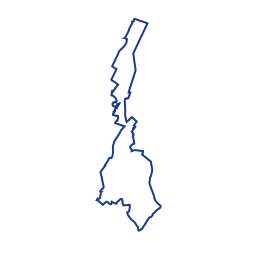 Copalau, Botosani, Romania (Equal Earth projection), rotated 250°
{"feature_id": "2599482B3629245685711", "entity_name": "Copalau", "entity_type": "district", "adm_level": 2, "iso_a3": "ROU", "parent_name": "Romania", "parent_adm1": "Botosani", "projection": "equal_earth", "projection_center": [26.934, 47.592], "detail": "fine", "context": "isolated", "style": "outline", "palette": "blue", "viewbox_px": 256, "rotation_deg": 250, "n_neighbors": 0, "source": "geoboundaries", "source_scale": "gbopen_adm2", "svg_char_len": 5711}
<svg xmlns="http://www.w3.org/2000/svg" viewBox="0 0 256 256"><g transform="rotate(250 128 128)"><path d="M213.6,155.6L213.2,156.2L212.7,156.7L212.1,157.3L211.6,157.4L210.9,156.8L210.4,156.6L209.8,156.2L209.5,156.2L209.2,156.1L208.1,155.1L206.7,153.2L206.0,152.0L205.4,151.1L205.4,150.9L204.9,149.8L204.3,148.5L204.0,147.8L203.1,145.8L202.7,145.4L201.4,144.4L200.7,143.8L196.1,139.0L195.1,138.2L194.1,136.9L191.4,134.2L189.1,135.8L187.3,137.3L181.9,131.8L179.4,129.1L179.1,128.9L178.7,128.9L178.3,129.1L175.5,131.4L174.2,132.1L172.5,133.4L172.1,133.6L171.7,133.0L171.6,132.4L171.4,132.1L170.3,130.8L170.1,130.3L170.1,129.9L169.9,129.8L169.8,129.6L169.6,129.6L169.5,129.3L169.0,128.8L168.9,128.5L168.6,128.1L168.5,127.9L168.2,127.3L167.9,127.1L168.0,126.9L167.7,126.8L167.6,126.3L167.9,126.1L167.5,126.0L167.5,125.8L167.3,125.8L167.3,125.5L167.1,125.6L167.0,125.3L166.8,125.3L166.6,125.0L166.4,124.9L166.2,124.6L165.5,124.1L165.0,124.1L164.5,123.7L164.2,123.9L164.3,124.3L162.2,125.7L161.6,125.7L161.4,126.0L159.9,126.7L159.0,126.8L158.1,126.7L157.3,126.5L156.6,126.1L156.3,125.5L156.5,125.3L156.5,125.1L156.9,124.9L157.0,124.7L156.7,123.9L156.7,123.5L157.0,123.0L156.5,122.8L156.2,122.1L156.1,121.8L155.8,121.6L155.2,121.5L154.1,121.4L152.8,122.5L152.5,122.9L152.7,124.0L152.8,124.7L153.4,125.8L153.6,126.0L154.0,126.2L153.9,126.4L154.1,127.1L154.2,127.5L154.3,128.0L154.2,128.5L153.5,127.9L153.3,127.4L152.9,127.0L152.7,126.5L152.2,126.0L152.1,125.8L151.8,125.6L150.5,124.3L150.9,124.1L151.1,123.9L150.7,123.0L150.2,122.2L149.4,121.8L148.4,121.8L148.1,121.4L148.3,121.4L148.0,120.7L148.5,120.3L148.3,120.0L148.0,119.8L147.4,119.8L147.0,119.8L146.9,119.6L146.4,118.8L145.3,118.5L145.2,118.9L144.9,119.1L144.0,120.2L143.8,120.7L143.6,120.8L142.9,121.8L143.0,122.1L143.2,122.3L143.2,122.5L142.8,122.7L142.4,122.6L142.0,122.5L141.7,122.5L140.7,122.1L139.4,121.2L139.1,120.8L138.8,120.8L138.7,120.8L138.6,120.7L138.8,120.3L138.7,120.0L138.5,119.3L138.3,118.9L137.8,118.1L137.4,117.8L137.0,117.6L130.7,125.3L129.3,122.6L128.1,120.6L127.5,119.9L125.9,118.2L124.9,117.0L124.2,116.0L122.6,114.0L122.0,112.8L121.8,112.6L120.7,111.3L119.3,110.0L118.3,109.3L116.4,107.8L114.9,107.1L114.0,106.9L112.3,106.4L110.3,105.6L108.3,104.5L107.8,104.3L107.2,104.0L105.7,102.5L105.4,102.1L106.0,100.9L106.2,100.7L106.2,100.4L105.9,100.0L105.8,99.5L105.8,99.3L104.7,98.8L100.9,93.5L100.4,93.8L96.7,88.0L96.3,87.3L95.7,87.0L95.3,86.9L93.7,86.7L93.1,86.7L92.1,86.6L91.4,86.6L91.2,86.5L90.8,86.6L90.5,86.6L89.7,86.2L89.4,86.2L89.0,86.2L88.8,86.2L88.0,86.0L80.6,84.9L79.4,83.0L79.5,82.7L78.4,80.7L77.9,80.3L77.4,80.7L77.3,81.1L77.1,81.3L77.0,80.7L76.7,80.4L73.9,78.9L72.7,78.4L71.8,77.8L71.6,77.3L71.5,76.8L71.8,75.9L71.7,75.7L72.1,75.4L70.9,73.9L70.1,75.1L69.6,75.2L67.7,76.3L64.5,78.0L65.1,79.4L65.6,81.0L66.3,82.7L66.7,82.9L66.1,82.9L65.1,83.5L63.6,84.4L62.7,85.1L62.2,86.1L63.6,87.2L63.8,87.1L64.3,87.4L63.1,88.5L62.0,89.7L61.1,90.5L61.2,90.8L61.1,91.4L61.8,91.9L62.0,92.1L63.1,95.0L63.4,95.4L63.4,95.7L63.9,96.6L63.1,98.1L62.2,97.8L61.9,97.8L61.4,97.9L60.3,97.5L59.6,97.6L59.0,97.2L57.5,97.2L57.5,97.3L57.3,97.4L56.9,97.3L56.5,98.2L56.5,98.3L55.2,103.3L54.8,103.1L54.3,103.1L53.7,102.9L49.4,100.7L49.2,100.4L49.2,100.0L48.9,98.3L46.5,98.2L45.8,98.3L44.1,98.7L41.1,99.8L36.4,102.3L36.0,102.4L35.2,102.4L33.5,102.7L31.5,103.4L31.2,103.4L30.1,103.0L28.1,102.9L27.9,103.0L28.0,103.3L27.9,103.5L27.8,104.3L28.2,104.8L28.3,105.1L28.1,105.5L28.2,106.0L28.3,106.0L28.4,106.3L28.7,107.2L29.2,107.8L30.5,109.1L30.8,109.9L31.5,110.9L31.7,111.0L32.3,111.8L32.5,112.1L32.7,112.3L32.9,112.3L33.0,112.5L33.5,113.3L34.2,114.2L34.4,114.5L35.0,115.0L35.2,115.3L35.4,115.8L35.8,116.4L36.6,117.2L36.7,117.9L36.5,118.5L36.4,119.2L37.6,121.1L38.6,121.8L39.9,124.8L40.6,125.8L40.8,126.4L41.4,128.7L41.7,129.2L41.9,130.7L42.2,131.1L43.5,132.0L48.5,129.5L50.0,129.0L53.3,128.7L54.8,129.2L63.2,129.1L68.4,129.2L68.8,129.3L69.7,129.6L71.7,130.8L73.5,131.6L74.2,132.2L74.9,132.9L76.4,134.1L78.7,135.6L79.7,136.1L81.4,136.8L85.7,137.4L88.4,138.1L88.8,137.8L89.8,137.3L91.9,135.9L93.8,134.9L97.9,132.3L98.2,132.2L98.6,132.6L98.7,133.0L99.3,133.0L99.4,133.3L99.7,133.5L100.4,133.5L100.6,133.7L100.8,134.1L101.2,134.2L103.7,129.1L104.3,128.3L104.6,127.6L105.0,126.3L105.0,125.8L105.0,123.5L105.9,123.9L106.5,124.0L108.1,123.5L109.4,123.6L109.6,123.5L110.5,125.1L111.1,126.7L111.2,127.5L111.1,128.5L112.2,128.8L116.0,129.5L117.4,129.6L117.6,129.5L118.5,129.6L118.9,130.2L119.0,130.5L119.5,130.8L119.8,130.8L120.1,130.4L120.3,130.3L120.6,130.3L121.2,131.0L121.8,130.7L123.4,130.3L124.2,131.8L124.7,132.3L125.1,132.4L125.7,132.5L125.9,132.7L126.0,132.9L125.4,133.2L125.4,133.4L126.6,135.3L128.2,134.2L130.9,138.2L131.3,138.3L132.0,137.9L137.0,135.2L136.0,133.5L135.9,132.7L135.6,132.1L135.0,131.4L134.9,130.5L134.5,129.3L134.2,128.9L135.0,128.8L135.5,128.8L137.2,129.1L138.9,129.3L139.3,129.4L140.8,129.6L141.9,130.1L143.0,130.4L145.7,131.6L146.5,131.7L151.0,133.2L154.6,134.2L155.6,134.8L156.5,135.6L156.4,136.1L156.1,136.6L155.9,137.3L156.3,137.3L156.2,138.1L156.1,138.4L156.6,139.1L157.4,139.6L158.4,140.7L158.6,140.6L160.5,142.4L161.0,141.8L161.3,141.1L161.3,140.9L162.1,141.4L165.8,144.2L179.0,154.5L179.9,154.9L183.2,155.7L185.8,156.2L192.5,157.7L195.4,158.2L196.2,158.5L196.6,158.8L219.7,182.1L220.0,181.9L226.1,174.2L228.1,171.9L228.2,171.1L228.1,170.9L227.2,170.0L226.8,169.7L226.4,169.8L226.4,169.6L226.5,169.3L226.4,168.6L226.5,168.4L226.4,168.1L226.1,168.1L225.5,168.2L225.2,168.0L224.9,167.7L224.7,167.5L224.6,167.3L224.2,166.7L223.9,166.4L222.7,165.3L221.3,163.5L220.9,163.2L220.1,162.8L219.6,162.2L218.7,161.7L218.9,161.7L216.4,159.1L214.9,157.3L214.5,157.1L214.4,156.9L213.6,155.9L213.6,155.6Z" fill="none" stroke="#1e3a8a" stroke-width="2"/></g></svg>